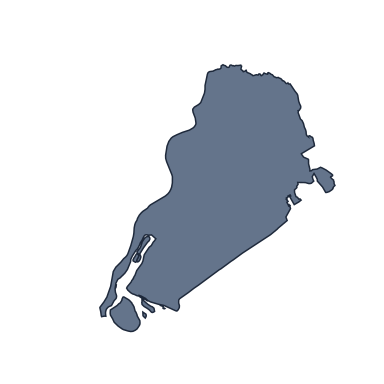 outline of Pelalawan, Riau, Indonesia, rotated 151°
{"feature_id": "22746128B44055596539945", "entity_name": "Pelalawan", "entity_type": "district", "adm_level": 2, "iso_a3": "IDN", "parent_name": "Indonesia", "parent_adm1": "Riau", "projection": "robinson", "projection_center": [102.105, 0.163], "detail": "fine", "context": "isolated", "style": "filled", "palette": "slate", "viewbox_px": 384, "rotation_deg": 151, "n_neighbors": 0, "source": "geoboundaries", "source_scale": "gbopen_adm2", "svg_char_len": 5998}
<svg xmlns="http://www.w3.org/2000/svg" viewBox="0 0 384 384"><g transform="rotate(151 192 192)"><path d="M331.5,126.8L328.8,125.9L327.6,125.1L326.7,127.3L325.8,128.9L324.2,130.6L323.3,131.2L321.3,131.9L320.0,132.0L317.5,131.7L312.8,134.7L310.2,135.6L309.5,136.1L308.6,137.2L308.2,138.1L307.6,141.4L306.5,144.0L306.0,144.9L302.8,149.1L299.2,151.6L295.9,151.8L294.9,152.3L292.7,152.7L292.1,153.1L290.6,153.3L286.1,155.5L279.5,160.8L278.2,162.8L275.3,164.9L269.4,168.1L267.4,168.7L265.8,169.6L263.3,171.3L261.8,172.6L259.1,174.0L256.4,176.0L254.8,176.9L253.6,177.1L252.3,176.5L250.8,175.2L248.2,174.1L246.3,168.6L248.5,167.5L250.3,166.9L253.5,164.9L256.3,164.4L262.3,161.3L264.3,160.2L268.2,155.6L270.6,153.7L278.4,150.1L282.5,146.6L283.3,146.3L285.8,144.6L285.7,144.5L287.5,143.8L289.0,142.7L294.4,140.6L295.8,139.6L295.7,137.2L294.5,133.7L293.4,131.7L292.1,130.4L290.4,128.0L289.2,127.0L288.5,127.4L286.8,125.5L284.2,121.4L283.9,120.1L283.1,118.2L281.6,116.0L275.8,110.1L271.6,106.5L263.9,96.1L262.9,95.2L262.2,95.5L261.3,95.6L259.2,97.0L258.1,98.7L257.5,101.3L256.2,103.6L255.6,104.2L254.4,104.7L244.1,105.8L236.8,106.9L231.5,107.4L205.8,110.8L204.0,110.8L191.1,112.5L189.2,112.6L177.5,114.1L144.0,116.6L135.4,118.2L133.9,118.7L122.6,120.9L122.0,124.6L113.9,129.7L113.3,132.0L113.9,132.2L114.0,132.4L112.8,132.5L112.8,132.8L113.1,133.4L113.3,133.4L113.3,134.0L113.5,134.0L113.5,133.5L114.1,133.5L114.0,137.1L112.6,137.1L112.6,138.7L112.9,138.8L113.0,139.2L113.1,140.1L112.2,140.1L112.2,141.1L110.1,141.1L110.1,141.9L107.6,141.9L107.6,140.6L108.8,140.5L108.7,131.4L103.3,131.5L100.5,132.0L100.9,133.6L102.1,134.1L102.3,136.2L103.3,137.5L102.5,141.9L101.3,144.2L98.7,144.8L98.0,145.2L97.7,146.2L95.5,147.3L94.9,149.1L88.3,145.3L85.7,142.7L84.5,142.1L83.3,141.8L80.2,142.5L80.1,144.4L79.4,147.1L76.3,149.0L76.2,145.0L76.3,142.4L77.1,140.8L75.4,133.1L75.3,126.8L74.4,126.3L71.8,125.8L68.6,126.1L67.3,126.5L67.1,127.0L66.7,127.0L66.0,127.7L64.8,128.2L64.4,128.2L63.8,128.4L63.7,130.4L62.8,132.1L62.8,133.0L62.4,133.8L63.0,135.1L63.7,137.7L63.3,138.1L61.3,138.0L60.8,138.6L61.1,139.9L64.1,146.3L66.4,149.8L67.6,151.3L71.4,151.4L75.7,153.1L77.2,152.7L78.7,153.3L77.8,154.9L76.4,160.1L74.4,163.8L74.4,164.3L77.5,168.4L77.9,172.1L77.8,172.5L62.5,173.0L61.6,175.4L60.9,178.5L60.2,180.3L60.2,181.5L61.0,182.4L61.5,183.7L62.1,184.3L63.4,184.3L63.5,183.8L64.3,185.7L64.0,187.3L63.0,189.4L62.5,191.3L62.3,194.2L61.3,197.9L61.1,201.1L61.8,203.2L60.7,210.0L59.8,211.1L59.7,211.7L58.9,211.4L57.9,211.8L56.3,212.7L55.5,213.9L55.2,215.0L55.2,216.5L54.7,219.6L52.6,225.4L52.5,226.9L53.1,230.5L53.8,239.0L54.9,239.4L55.1,239.7L55.2,240.9L55.7,240.7L56.6,240.9L57.1,241.3L57.6,243.9L58.3,245.1L59.0,245.6L58.9,246.6L59.4,248.2L60.4,249.2L60.9,250.3L62.9,251.1L63.3,251.9L64.3,252.9L64.9,255.6L65.8,256.6L66.1,257.6L67.2,259.3L68.0,259.4L68.5,258.5L69.0,258.5L70.8,260.3L71.2,261.1L71.4,261.2L73.3,260.2L74.0,260.3L74.7,260.0L75.2,260.4L75.3,262.2L75.6,262.5L76.6,262.8L77.2,262.3L77.6,262.3L78.9,263.4L81.5,263.9L82.5,264.4L82.7,265.5L83.4,266.4L83.6,267.1L85.8,269.8L85.9,270.6L85.6,272.2L86.2,272.3L86.4,272.0L87.2,272.0L88.7,272.3L88.9,272.5L88.8,273.6L89.3,274.4L89.7,275.7L87.6,278.0L87.9,278.6L87.8,279.3L90.5,280.3L92.2,281.4L94.0,281.6L94.6,282.5L95.4,282.8L95.9,283.7L96.4,284.2L97.4,284.4L98.7,283.4L99.4,283.2L100.1,283.5L101.0,284.4L101.5,286.2L102.6,287.3L103.2,288.3L105.3,288.2L106.6,286.3L107.6,286.1L109.1,286.3L109.6,286.9L109.8,286.8L111.9,287.4L115.0,287.5L118.0,288.7L119.0,288.8L120.1,288.6L121.4,287.6L128.9,278.9L130.8,275.5L133.2,272.4L140.7,266.2L141.5,265.8L143.8,265.3L148.8,265.1L151.1,264.1L151.6,263.4L152.4,261.2L153.3,255.1L154.9,250.9L155.5,249.7L156.5,248.9L158.4,247.9L160.1,247.5L164.3,247.4L171.5,248.8L177.4,249.4L181.8,249.6L184.1,249.2L187.7,247.5L191.6,244.2L197.3,236.9L198.7,234.2L199.5,230.8L201.2,216.9L201.7,214.9L204.8,209.4L207.5,206.1L209.5,204.4L211.7,203.0L213.9,202.1L217.2,201.4L234.6,200.9L236.7,200.4L238.8,199.4L244.4,198.9L246.4,198.4L249.3,197.3L252.5,195.3L253.8,194.0L256.1,192.7L257.8,191.2L259.9,188.7L262.7,184.3L264.9,181.5L271.4,174.9L278.0,169.1L279.7,168.0L281.6,167.3L284.1,166.8L288.3,165.1L295.0,163.2L299.4,160.6L308.9,148.9L316.2,142.4L317.3,141.4L322.2,138.6L328.4,135.8L328.7,135.4L329.9,131.4L331.3,127.9L331.5,126.8ZM310.3,129.7L312.5,129.0L320.6,128.4L322.3,125.7L323.0,123.9L322.9,119.5L323.2,115.8L321.6,110.5L319.6,106.3L318.7,104.9L315.4,101.5L313.3,99.7L311.2,98.8L308.8,98.6L306.4,98.9L302.5,100.9L302.3,101.4L301.8,101.5L301.0,102.6L300.0,104.7L300.0,110.4L299.7,110.8L299.4,113.1L299.3,114.5L299.5,115.4L298.4,119.7L298.4,122.3L298.6,123.4L298.4,124.1L299.2,127.4L299.7,128.6L302.5,133.3L303.4,133.5L305.2,132.2L305.8,131.3L308.5,129.8L310.3,129.7ZM255.7,174.6L259.6,172.6L263.3,169.1L264.9,168.1L269.2,166.3L269.2,165.0L268.8,163.6L267.5,163.3L261.5,166.7L255.2,169.6L253.2,170.1L251.6,171.3L251.2,172.3L251.2,173.7L252.0,174.5L253.9,174.9L255.7,174.6ZM287.8,122.4L288.9,120.3L289.4,119.9L290.2,117.8L289.4,115.1L287.6,112.0L286.4,109.4L285.8,106.7L285.2,105.9L283.9,105.6L282.6,105.7L281.6,108.8L282.4,110.9L283.4,112.0L285.1,115.3L286.7,119.6L287.2,121.7L287.8,122.4ZM272.1,164.0L272.9,163.3L274.7,162.5L276.5,161.2L276.9,160.3L275.8,158.4L275.4,157.9L274.2,157.9L273.5,159.0L272.6,159.8L270.4,161.1L269.1,162.8L269.6,163.5L269.7,164.6L270.2,164.8L272.1,164.0ZM268.6,162.9L270.0,161.2L272.7,159.5L274.1,157.8L273.3,157.1L271.9,157.2L270.3,158.0L268.7,159.4L268.1,160.2L267.8,162.0L268.0,162.6L268.3,162.9L268.6,162.9ZM293.2,110.8L294.8,107.6L294.8,106.9L294.0,104.4L292.7,105.2L292.0,106.0L291.5,107.4L293.2,110.8ZM288.9,126.7L287.9,124.5L284.7,120.3L284.2,119.1L283.9,119.7L285.9,123.3L288.2,126.6L288.9,126.7ZM274.3,107.7L272.9,106.0L272.1,105.5L272.8,106.7L274.0,107.7L274.3,107.7ZM303.6,147.5L304.7,146.2L305.3,145.4L305.2,145.2L304.6,145.6L303.8,146.7L303.3,147.4L303.6,147.5ZM273.7,104.2L273.0,103.3L272.2,103.2L272.3,103.6L273.1,104.4L273.6,104.6L273.7,104.2Z" fill="#64748b" stroke="#1e293b" stroke-width="1.5"/></g></svg>